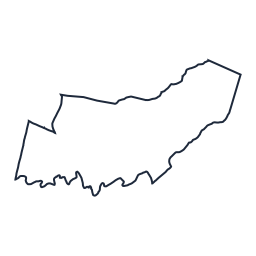 the district of La Pelle, Dennery, Saint Lucia
{"feature_id": "8701671B14864913892073", "entity_name": "La Pelle", "entity_type": "district", "adm_level": 2, "iso_a3": "LCA", "parent_name": "Saint Lucia", "parent_adm1": "Dennery", "projection": "orthographic", "projection_center": [-60.906, 13.941], "detail": "fine", "context": "isolated", "style": "outline", "palette": "slate", "viewbox_px": 256, "rotation_deg": 0, "n_neighbors": 0, "source": "geoboundaries", "source_scale": "gbopen_adm2", "svg_char_len": 5768}
<svg xmlns="http://www.w3.org/2000/svg" viewBox="0 0 256 256"><path d="M91.2,188.3L91.1,188.7L91.9,189.7L92.0,190.2L92.2,191.5L92.4,192.5L92.7,193.5L93.0,194.5L93.1,194.9L93.7,195.3L94.3,195.6L95.3,195.5L95.9,195.2L97.5,193.8L98.3,192.7L98.4,192.0L99.2,191.1L99.5,190.6L99.6,190.3L99.7,189.9L99.8,189.8L99.9,189.0L99.9,188.1L100.1,186.6L100.4,185.8L101.5,183.9L102.0,183.4L102.4,183.1L103.0,183.2L103.6,183.5L103.9,184.1L104.1,185.0L104.1,185.7L104.2,185.9L104.5,186.2L105.1,186.3L106.2,186.3L107.5,185.6L108.2,185.1L110.4,183.9L111.3,183.3L113.7,181.7L114.7,180.9L116.0,180.0L117.6,179.1L118.1,178.8L119.9,178.2L120.5,178.2L121.0,178.6L121.3,179.0L123.5,181.2L123.8,181.6L123.8,182.1L123.5,182.9L123.2,183.6L122.7,184.1L122.4,184.8L122.4,185.2L122.6,185.5L123.0,185.9L123.8,186.0L124.6,185.9L125.0,185.8L127.1,185.4L127.8,185.2L128.5,184.7L130.8,183.8L132.0,183.2L135.4,180.6L135.9,179.7L137.4,176.5L138.0,175.3L138.5,174.8L139.6,174.2L141.6,173.5L142.5,173.2L143.2,172.6L143.8,172.5L144.6,172.3L145.9,171.6L146.6,171.6L147.1,171.9L147.8,172.6L148.5,173.9L149.7,175.7L149.9,176.1L150.5,177.1L151.0,177.9L151.8,180.6L152.2,182.7L152.2,183.4L152.5,183.4L153.0,182.9L153.3,182.5L153.8,182.2L155.1,180.9L155.8,180.5L156.9,179.4L157.9,178.5L158.5,177.9L159.5,177.1L165.6,172.0L167.1,170.2L168.2,169.2L169.2,168.7L170.1,167.9L170.6,167.4L171.0,166.8L171.1,166.6L171.0,166.3L169.7,163.7L169.3,162.3L169.2,161.5L169.3,160.0L169.5,159.1L170.0,158.2L170.7,157.2L171.7,156.3L172.6,155.4L175.0,153.0L175.6,152.5L176.0,152.3L176.6,152.2L179.0,152.2L179.8,152.0L181.5,151.1L183.3,149.9L183.9,149.4L186.1,146.7L187.5,145.0L188.2,143.8L188.7,143.0L189.2,142.5L190.2,142.5L190.6,142.4L191.1,142.1L192.2,141.1L192.8,140.1L193.2,139.8L194.0,139.5L195.3,139.0L196.3,138.4L197.7,137.3L200.0,134.2L200.3,133.1L201.0,131.9L201.5,130.9L201.9,130.4L202.4,130.1L204.0,129.2L204.3,128.8L205.3,127.8L206.0,127.1L207.2,125.7L208.0,125.2L210.2,124.3L211.4,123.9L211.9,123.7L212.3,123.2L212.8,122.8L213.6,122.5L214.6,122.3L215.5,122.4L216.4,122.5L218.0,122.6L218.7,122.5L220.2,122.2L221.2,122.2L222.4,122.0L223.3,121.6L223.5,121.3L224.5,120.3L225.0,120.0L226.1,118.5L227.3,116.3L227.6,115.4L228.2,114.4L229.1,113.1L229.4,112.3L229.7,111.4L229.9,110.4L230.4,109.0L240.6,74.6L208.7,60.4L208.8,60.7L206.8,61.4L205.9,61.9L205.0,62.1L204.2,62.9L203.3,63.7L202.8,64.0L201.6,64.2L199.0,64.4L198.4,64.5L197.8,64.8L196.6,65.9L195.9,66.3L194.6,67.0L194.2,67.1L191.2,68.2L189.9,68.4L188.4,69.0L187.3,69.4L186.8,69.7L186.4,70.3L186.2,70.9L185.9,71.8L185.6,73.1L185.2,73.7L184.7,74.3L184.2,74.6L183.7,75.1L182.9,76.2L182.5,76.3L182.6,76.7L181.9,80.7L181.5,81.1L180.2,82.0L178.3,83.0L177.6,83.3L176.2,83.9L175.5,84.0L174.0,84.3L172.6,84.3L171.5,84.1L170.9,84.4L169.2,86.6L168.2,87.8L167.8,88.2L167.3,88.6L165.4,90.1L165.0,90.6L164.0,91.3L163.1,91.6L162.4,91.8L161.4,92.2L161.5,92.5L161.4,93.0L160.6,94.2L160.2,95.3L159.6,96.0L158.8,96.5L158.3,96.7L157.5,97.3L156.5,98.0L154.9,98.6L152.5,98.9L149.3,99.9L147.9,100.1L146.1,100.0L145.9,100.1L131.4,96.6L130.6,96.6L129.8,96.8L129.1,96.9L127.0,97.4L126.3,97.6L125.7,98.0L124.9,98.6L124.1,99.1L122.2,99.5L119.3,100.4L119.0,100.5L118.4,101.0L117.2,102.6L115.8,103.6L114.9,103.8L114.1,103.6L97.0,100.6L83.6,97.1L67.5,95.8L60.9,94.7L61.2,95.3L61.7,95.9L62.0,96.7L61.6,100.7L61.4,103.1L61.1,104.6L60.2,107.0L59.7,108.3L59.1,109.6L58.5,110.7L58.1,111.5L57.5,112.6L55.8,116.1L54.9,117.7L54.4,118.6L52.7,122.5L52.4,123.3L52.3,123.8L52.4,125.3L52.5,126.6L52.7,127.3L53.1,128.6L53.7,130.1L54.2,131.2L54.5,131.8L54.8,132.2L55.0,132.9L54.5,132.7L54.1,132.3L53.6,132.0L52.4,131.3L51.9,131.3L51.3,131.1L48.8,130.2L46.6,129.2L45.6,128.6L44.0,128.0L44.0,127.8L43.8,127.9L41.8,127.0L39.7,126.2L35.9,124.4L33.4,123.5L32.0,122.8L30.7,122.0L29.9,121.5L29.5,121.4L28.8,121.0L28.8,121.4L27.2,127.8L26.8,129.5L26.3,132.4L25.4,135.5L25.0,136.8L24.7,138.3L24.3,139.4L24.0,140.9L23.7,143.0L23.4,144.4L23.4,145.3L23.2,145.8L22.4,149.1L22.2,149.8L21.7,151.9L21.3,153.7L21.2,154.5L20.7,156.3L20.5,157.5L19.4,161.2L18.7,163.9L18.1,167.3L16.9,171.8L16.5,173.4L16.2,175.8L15.7,177.8L15.4,179.5L15.6,179.5L17.1,178.6L17.8,178.3L18.4,177.9L19.6,176.6L20.2,176.2L20.9,176.0L22.9,176.0L24.1,176.1L25.2,176.6L25.9,177.1L26.1,177.7L26.1,178.3L25.8,180.2L25.7,180.6L26.3,182.3L26.6,182.8L27.6,183.9L28.1,184.2L29.7,184.2L30.8,184.1L31.2,184.0L33.3,182.8L33.7,182.6L34.0,182.4L35.4,181.8L36.1,181.4L36.9,181.3L38.6,181.3L39.9,180.9L40.4,180.8L41.2,180.9L41.7,181.2L42.1,181.7L42.1,181.9L41.5,183.2L40.8,183.8L40.6,184.4L40.5,184.8L40.6,185.7L41.0,186.4L41.0,186.7L41.3,187.0L41.6,187.1L42.2,187.1L42.6,187.0L43.7,186.5L43.9,186.5L44.5,186.2L45.7,185.2L46.6,184.3L47.0,184.0L48.3,183.5L49.1,183.4L49.7,183.4L50.2,183.4L54.2,184.9L54.6,184.7L54.7,184.1L54.8,183.7L54.7,183.0L54.4,182.1L54.2,181.0L54.0,180.1L54.0,179.2L54.1,178.8L54.5,178.1L54.8,177.8L55.5,177.3L56.5,176.8L56.5,176.6L57.0,176.5L57.7,175.8L58.4,175.5L58.9,175.3L59.4,175.3L59.8,175.8L59.9,176.2L59.9,177.7L61.0,177.9L61.5,177.9L61.9,177.6L62.3,177.2L62.8,177.3L63.3,177.1L63.5,177.1L64.4,177.1L64.6,177.3L65.0,178.2L65.8,180.7L66.3,181.3L66.5,182.0L66.6,182.4L66.9,183.0L67.3,183.5L67.9,184.0L68.4,184.3L68.9,184.2L69.1,184.0L69.3,183.7L69.6,182.7L69.8,182.2L70.4,181.5L70.6,181.0L71.4,180.4L73.1,179.1L73.6,178.9L74.4,178.6L75.2,178.2L76.1,177.7L76.5,177.3L76.6,176.8L76.5,175.8L76.2,173.8L76.1,173.1L76.2,172.4L76.4,172.1L76.9,171.9L77.2,171.7L77.7,172.0L78.2,172.5L78.8,173.2L79.8,174.9L80.6,176.3L81.5,178.0L81.9,179.6L82.8,183.1L82.8,183.4L83.0,185.6L83.4,186.6L83.6,186.8L83.9,187.7L84.2,187.9L84.7,188.0L85.5,187.8L85.8,187.6L86.3,187.1L86.7,186.9L87.3,186.9L87.8,186.9L88.2,187.2L88.4,187.5L88.9,187.5L89.1,187.0L89.1,186.8L89.5,186.3L90.4,186.3L90.7,186.8L91.1,187.5L91.2,188.3Z" fill="none" stroke="#1e293b" stroke-width="2"/></svg>